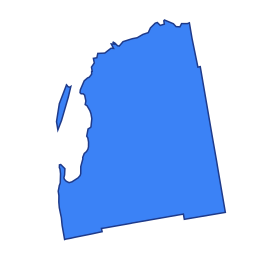 Miami-Dade, Florida, United States of America (orthographic projection), rotated 170°
{"feature_id": "52423323B12945765623889", "entity_name": "Miami-Dade", "entity_type": "district", "adm_level": 2, "iso_a3": "USA", "parent_name": "United States of America", "parent_adm1": "Florida", "projection": "orthographic", "projection_center": [-80.389, 25.563], "detail": "fine", "context": "isolated", "style": "filled", "palette": "blue", "viewbox_px": 256, "rotation_deg": 170, "n_neighbors": 0, "source": "geoboundaries", "source_scale": "gbopen_adm2", "svg_char_len": 1662}
<svg xmlns="http://www.w3.org/2000/svg" viewBox="0 0 256 256"><g transform="rotate(170 128 128)"><path d="M46.8,28.0L46.6,69.9L46.5,80.5L46.5,103.3L46.2,175.9L48.6,175.8L49.4,204.9L49.3,220.9L51.3,220.5L53.1,220.8L57.1,221.5L59.3,218.6L63.1,219.5L65.2,222.8L73.3,228.0L74.1,227.4L74.2,224.0L78.4,223.4L80.8,226.8L83.0,226.5L88.5,222.7L91.5,218.4L97.0,217.6L103.3,215.3L108.1,215.2L109.0,215.1L112.1,214.7L117.9,213.9L122.4,210.2L124.0,210.8L126.1,213.8L128.1,215.5L126.9,213.0L129.9,213.7L128.4,208.9L130.9,209.5L137.9,205.8L144.8,206.7L146.5,202.6L150.0,202.6L149.9,197.9L153.4,194.3L153.4,190.0L154.0,190.0L154.5,187.3L157.2,184.8L159.2,184.3L162.9,182.1L168.3,173.9L169.1,171.1L168.3,169.9L166.1,169.4L165.0,167.9L164.8,161.9L166.1,158.5L164.5,157.1L162.5,151.6L162.0,148.5L162.0,143.5L164.3,135.5L165.0,135.0L165.1,134.9L167.5,134.0L170.1,127.1L169.3,125.3L169.3,121.0L170.2,116.2L171.2,114.0L173.0,112.0L175.5,110.5L177.7,106.9L177.8,105.9L177.9,105.3L181.2,98.2L182.5,91.2L183.4,89.5L185.9,87.5L192.6,84.7L195.5,84.4L198.0,86.2L199.5,88.4L199.8,90.1L198.6,92.8L197.2,98.9L200.6,103.7L201.9,103.6L202.5,100.9L202.1,99.3L202.4,94.6L204.3,85.5L205.7,83.2L205.9,82.6L206.7,80.4L207.7,77.9L207.8,73.4L209.0,67.0L209.5,61.4L209.3,53.8L209.2,51.3L209.8,43.5L209.8,29.2L208.5,29.4L203.3,29.4L199.5,29.6L190.7,29.8L185.7,29.9L182.0,30.0L171.5,30.4L171.6,33.7L168.2,33.6L164.7,33.6L154.3,33.6L142.1,33.6L140.4,33.7L88.4,33.6L88.4,28.3L46.8,28.0ZM177.1,178.8L178.1,178.4L178.7,178.4L180.0,179.2L180.7,180.7L181.1,181.2L181.4,180.6L191.4,163.9L197.3,146.7L197.4,138.3L192.2,146.9L181.5,168.6L177.1,178.8Z" fill="#3b82f6" stroke="#1e3a8a" stroke-width="1.5"/></g></svg>